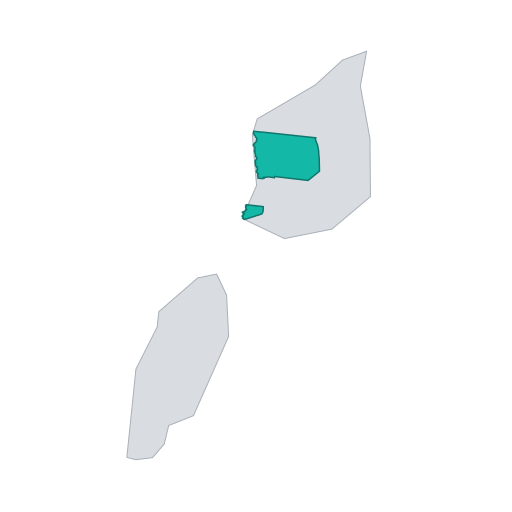 Palauli le Falefa, Palauli, Samoa (highlighted), rotated 96°
{"feature_id": "51752279B50623478209398", "entity_name": "Palauli le Falefa", "entity_type": "district", "adm_level": 2, "iso_a3": "WSM", "parent_name": "Samoa", "parent_adm1": "Palauli", "projection": "robinson", "projection_center": [-172.356, -13.707], "detail": "fine", "context": "in_parent", "style": "filled", "palette": "teal", "viewbox_px": 512, "rotation_deg": 96, "n_neighbors": 0, "source": "geoboundaries", "source_scale": "gbopen_adm2", "svg_char_len": 4826}
<svg xmlns="http://www.w3.org/2000/svg" viewBox="0 0 512 512"><g transform="rotate(96 256 256)"><path d="M185.0,148.4L221.3,183.3L235.7,229.5L220.1,273.8L185.8,262.8L136.1,272.3L119.5,269.1L79.6,214.8L52.0,190.3L40.8,167.4L76.1,170.0L127.5,154.9L185.0,148.4ZM469.7,363.4L381.0,363.6L337.1,346.9L321.5,346.8L283.9,311.7L278.1,293.3L297.9,281.2L338.9,274.8L421.3,301.5L433.7,325.1L452.7,327.6L467.4,337.9L471.2,354.5L469.7,363.4Z" fill="#d9dde1" stroke="#a8b0b8" stroke-width="1"/><path d="M165.1,201.8L163.5,201.9L151.3,203.5L148.4,204.2L144.9,204.7L139.2,206.4L134.2,209.0L132.2,208.9L132.1,258.0L132.1,261.5L132.2,265.5L132.2,271.3L133.2,271.3L133.7,271.4L133.9,271.3L134.1,271.3L134.2,271.2L134.4,271.3L134.6,271.2L135.0,270.9L135.2,270.7L135.5,270.5L135.7,270.4L135.9,270.3L135.9,270.2L136.0,270.0L136.1,269.9L136.5,269.5L136.6,269.4L136.8,269.2L137.2,269.1L137.4,269.0L137.5,269.0L137.6,268.9L137.8,268.8L137.9,268.7L138.4,268.0L138.5,267.9L138.8,267.5L139.0,267.5L139.1,267.3L139.6,267.3L139.9,267.3L140.0,267.4L140.2,267.5L140.4,267.5L140.5,267.6L140.9,267.7L141.1,267.5L141.4,267.5L141.6,267.5L141.8,267.5L142.0,267.6L142.3,267.7L142.4,267.8L142.6,267.9L142.7,268.1L142.9,268.2L143.1,268.4L143.3,268.5L143.5,268.6L143.8,268.8L144.0,269.0L144.2,269.3L144.4,269.3L144.6,269.4L144.5,269.5L144.8,269.6L144.9,269.8L145.1,269.8L145.2,270.0L145.3,270.2L145.6,270.2L145.8,270.2L146.2,270.1L146.3,270.2L146.5,270.0L146.6,269.9L147.0,269.5L147.3,269.1L147.5,269.0L147.5,268.9L147.8,268.7L148.1,268.5L148.2,268.4L148.3,268.3L149.1,268.2L149.6,268.2L149.8,268.3L150.1,268.3L150.2,268.2L150.7,268.3L151.0,268.2L151.5,268.1L151.8,268.0L152.0,267.9L152.3,267.9L152.3,268.0L152.4,267.9L152.6,267.9L152.7,268.0L152.8,268.0L152.8,267.9L153.0,267.9L153.3,267.8L153.5,267.8L153.8,267.7L154.0,267.6L154.4,267.5L154.6,267.4L155.2,267.2L155.5,267.1L155.9,266.9L156.2,266.8L156.3,266.8L156.5,266.8L156.9,266.8L157.1,266.9L157.3,266.5L157.6,266.1L157.8,265.8L158.0,265.7L158.3,265.6L158.4,265.4L158.7,265.3L158.8,265.2L159.0,265.1L159.4,265.2L159.7,265.5L160.1,265.8L160.3,266.1L160.7,266.4L161.1,266.6L161.4,266.6L161.5,266.7L161.6,266.8L161.7,266.7L161.9,266.7L162.1,266.7L162.6,266.4L163.0,266.3L163.2,266.2L163.3,266.4L163.5,266.3L163.7,266.5L164.1,266.4L164.2,266.2L164.3,266.1L165.0,266.0L165.4,266.0L165.5,266.0L166.0,265.8L166.3,265.8L166.4,265.6L166.6,265.4L166.7,265.2L166.8,265.2L167.0,265.0L167.2,264.9L167.3,264.9L167.5,264.8L167.5,264.7L167.8,264.5L167.9,264.2L167.7,264.2L167.5,263.8L167.7,263.6L167.6,263.8L167.8,263.9L168.0,263.9L168.2,264.0L168.4,264.0L168.4,263.9L168.6,263.8L168.6,263.7L168.8,263.7L169.0,263.6L169.3,263.6L169.8,263.9L170.0,264.0L170.1,263.9L170.3,263.6L170.7,263.8L171.0,264.1L171.4,264.5L171.5,264.5L171.8,264.6L172.1,264.4L172.3,264.1L172.6,264.1L172.9,263.6L173.3,263.4L173.7,263.1L173.8,263.1L173.9,262.9L174.0,262.7L173.9,262.5L173.9,262.4L174.0,262.4L174.3,262.3L174.5,262.4L174.8,262.5L175.0,262.5L175.3,262.6L175.5,262.6L175.8,262.7L176.0,262.7L176.3,262.5L176.5,262.5L176.6,262.4L176.8,262.4L177.3,262.1L177.6,262.1L178.0,262.0L178.3,262.1L178.4,257.6L177.9,256.2L177.4,256.6L176.9,256.7L176.7,254.2L176.0,252.1L176.2,245.9L175.0,245.9L175.4,212.1L165.1,201.8ZM206.2,253.9L206.1,257.4L206.0,270.8L206.2,271.0L206.3,270.9L206.4,271.1L206.5,271.1L206.6,271.3L206.7,271.2L206.7,271.3L206.9,271.2L207.0,271.4L207.3,271.4L207.6,271.3L207.8,271.5L208.0,271.5L208.3,271.5L208.3,271.4L208.4,271.2L208.6,271.2L208.6,271.3L208.8,271.3L209.0,271.1L209.3,271.1L209.6,270.9L209.6,270.7L209.9,270.5L210.1,270.5L210.2,270.4L210.3,270.3L210.5,270.3L210.8,270.4L211.4,270.7L211.6,270.7L211.7,270.9L211.7,271.0L211.8,271.1L211.7,271.2L211.8,271.2L211.9,271.3L212.0,271.4L212.2,271.5L212.3,271.6L212.5,271.8L212.7,272.0L212.8,271.9L212.9,272.1L213.0,272.2L213.0,272.4L213.3,272.4L213.3,273.0L213.4,272.9L213.4,273.0L213.5,273.1L213.6,273.4L213.7,273.5L213.8,273.5L214.1,273.7L214.5,273.4L214.5,273.5L214.6,273.4L214.7,273.2L215.0,273.1L215.0,272.9L215.1,272.7L215.3,272.8L215.3,272.7L215.4,272.8L215.5,272.7L215.7,272.8L215.8,272.7L216.1,272.6L216.2,272.8L216.3,272.8L216.5,273.0L216.5,272.9L216.9,273.2L217.1,273.3L217.3,273.2L217.6,273.2L217.7,273.3L217.8,273.5L217.9,273.2L218.2,273.2L218.2,273.3L218.4,273.3L218.4,273.2L218.6,273.2L218.7,273.3L218.8,273.2L219.0,273.2L219.3,273.1L219.3,272.9L219.5,273.0L219.9,272.8L219.9,272.5L220.1,272.3L220.2,272.2L220.3,272.2L220.4,271.9L220.5,271.9L220.6,271.7L220.8,271.6L220.4,270.1L220.1,269.4L219.5,268.1L219.2,267.3L218.8,266.5L218.7,266.2L218.6,265.9L218.2,265.0L218.1,264.9L217.9,264.3L217.6,263.9L217.1,262.5L216.8,261.7L216.5,261.2L216.2,260.6L215.6,259.5L215.5,259.3L215.6,259.0L215.5,258.9L215.1,258.0L214.8,257.2L214.4,256.4L213.9,255.5L213.9,255.3L213.6,255.0L213.4,254.4L210.8,253.6L206.2,253.9Z" fill="#14b8a6" stroke="#0f766e" stroke-width="1.5"/></g></svg>